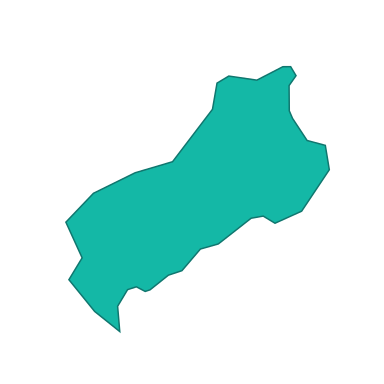 the Metropolitan Borough of Wakefield, rotated 327°
{"feature_id": "GBR-5675", "entity_name": "Wakefield", "entity_type": "Metropolitan Borough", "adm_level": 1, "iso_a3": "GBR", "parent_name": "United Kingdom", "parent_adm1": "", "projection": "natural_earth1", "projection_center": [-1.408, 53.656], "detail": "fine", "context": "isolated", "style": "filled", "palette": "teal", "viewbox_px": 384, "rotation_deg": 327, "n_neighbors": 0, "source": "natural_earth", "source_scale": "10m", "svg_char_len": 581}
<svg xmlns="http://www.w3.org/2000/svg" viewBox="0 0 384 384"><g transform="rotate(327 192 192)"><path d="M55.4,269.7L45.3,239.2L41.0,198.5L64.0,187.4L69.8,148.6L108.7,139.4L154.8,144.9L192.2,156.0L254.2,133.8L272.3,114.3L286.0,114.8L307.3,133.5L336.4,136.4L343.0,140.6L342.6,151.1L331.4,155.6L317.8,176.9L316.4,185.1L316.6,211.5L329.2,225.5L319.3,248.1L273.5,267.8L244.6,263.4L238.6,251.0L227.3,246.2L185.8,249.9L168.0,244.4L140.7,252.5L126.9,248.9L103.5,251.2L98.6,249.9L93.7,241.2L84.8,238.8L67.4,247.3L55.4,269.7Z" fill="#14b8a6" stroke="#0f766e" stroke-width="1.5"/></g></svg>